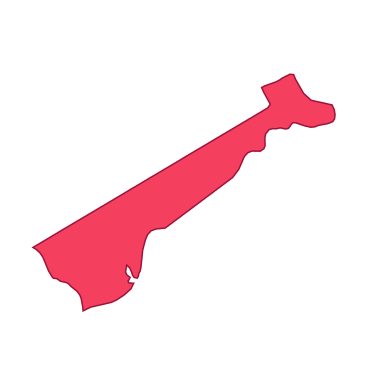 SVG path tracing the border of North Bank, rotated 329°
{"feature_id": "GMB-5513", "entity_name": "North Bank", "entity_type": "Division", "adm_level": 1, "iso_a3": "GMB", "parent_name": "Gambia", "parent_adm1": "", "projection": "equal_earth", "projection_center": [-15.943, 13.489], "detail": "fine", "context": "isolated", "style": "filled", "palette": "rose", "viewbox_px": 384, "rotation_deg": 329, "n_neighbors": 0, "source": "natural_earth", "source_scale": "10m", "svg_char_len": 1451}
<svg xmlns="http://www.w3.org/2000/svg" viewBox="0 0 384 384"><g transform="rotate(329 192 192)"><path d="M300.2,158.9L304.3,157.1L304.9,143.1L305.5,138.3L309.1,138.5L320.9,140.9L325.5,141.1L327.5,140.8L336.6,141.5L339.6,143.7L338.8,148.6L338.4,164.9L341.4,174.8L356.9,189.5L356.3,194.8L354.4,199.5L351.7,202.9L348.8,204.2L343.9,203.4L334.9,200.1L330.8,199.4L327.1,197.6L322.8,193.5L316.4,186.0L314.1,184.6L311.8,185.2L309.5,186.4L307.4,187.1L305.0,186.4L303.0,184.7L301.4,183.1L300.3,182.3L296.7,181.2L293.7,179.2L290.3,178.2L285.1,180.1L282.5,182.9L278.6,189.8L276.0,191.9L271.6,192.2L264.5,187.8L259.9,187.1L255.2,188.5L243.7,196.7L234.3,200.5L150.5,209.1L142.2,205.2L137.0,204.2L132.1,205.6L127.4,209.0L120.0,216.2L109.0,230.8L106.5,233.3L104.5,234.4L102.6,236.6L100.6,237.6L98.4,235.4L98.2,232.8L99.0,229.2L99.5,225.1L98.4,221.0L93.9,226.3L93.4,229.3L95.0,233.3L92.3,235.1L91.2,235.4L91.2,237.8L92.5,238.3L93.7,239.4L95.0,240.1L89.8,243.6L80.9,245.3L71.8,245.7L66.2,245.1L45.9,238.5L37.4,237.8L39.0,234.7L42.2,226.0L42.8,222.3L42.2,217.4L39.6,210.5L39.1,207.8L38.0,205.3L33.2,200.6L31.5,196.7L28.9,194.6L28.4,193.3L28.4,186.0L30.6,171.2L30.3,165.7L28.9,161.0L27.1,157.6L43.5,157.7L59.8,157.7L76.0,157.8L92.3,157.9L108.6,158.0L124.8,158.1L141.1,158.1L151.7,158.2L157.3,158.2L173.6,158.3L189.9,158.4L206.1,158.4L222.4,158.5L238.6,158.6L254.9,158.7L271.2,158.8L287.4,158.9L300.2,158.9Z" fill="#f43f5e" stroke="#9f1239" stroke-width="1.5"/></g></svg>